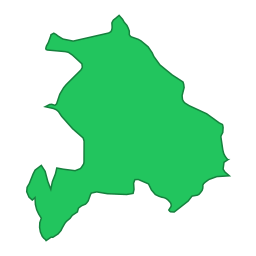 outline of Akershus
{"feature_id": "NOR-917", "entity_name": "Akershus", "entity_type": "County", "adm_level": 1, "iso_a3": "NOR", "parent_name": "Norway", "parent_adm1": "", "projection": "robinson", "projection_center": [11.148, 60.053], "detail": "fine", "context": "isolated", "style": "filled", "palette": "green", "viewbox_px": 256, "rotation_deg": 0, "n_neighbors": 0, "source": "natural_earth", "source_scale": "10m", "svg_char_len": 2139}
<svg xmlns="http://www.w3.org/2000/svg" viewBox="0 0 256 256"><path d="M227.9,159.7L224.0,162.3L223.1,169.1L224.9,172.0L229.3,175.8L216.8,176.6L208.9,179.5L205.3,182.1L203.6,183.7L202.8,185.3L202.9,186.8L202.7,188.6L202.1,190.4L200.5,192.6L198.9,194.4L197.2,195.2L192.0,196.1L188.1,201.1L174.2,212.0L170.6,211.8L169.8,211.3L168.8,210.0L171.1,206.4L171.2,205.1L170.8,203.3L169.8,201.9L167.7,199.7L166.0,198.5L164.2,197.7L161.7,197.2L158.8,196.2L155.3,194.5L151.4,189.9L148.5,183.9L138.4,179.5L134.9,179.6L133.6,183.1L134.0,189.5L133.1,193.4L126.7,194.5L107.3,193.7L96.7,191.9L91.3,193.1L90.4,194.7L88.2,200.9L86.7,202.9L85.5,204.1L81.7,205.7L78.8,207.8L78.3,208.5L77.4,211.9L72.2,215.4L70.1,218.3L66.4,221.4L64.8,223.4L62.2,228.0L61.0,230.5L58.1,233.9L53.0,237.2L52.5,237.3L51.2,237.1L46.1,240.6L45.4,239.5L43.9,238.3L42.3,236.4L40.4,232.0L39.6,227.4L39.8,222.7L41.3,218.2L38.7,214.0L36.7,209.7L35.4,204.5L35.0,197.6L32.3,200.1L29.0,197.1L26.7,191.7L27.1,187.3L29.3,183.6L33.1,174.0L35.1,170.1L41.3,165.4L45.1,171.3L47.8,181.5L50.8,189.3L52.4,181.6L55.4,174.0L56.8,168.0L63.3,169.2L75.1,170.7L80.2,168.7L81.4,167.5L83.7,163.8L84.0,162.1L84.1,141.1L83.1,137.9L72.7,128.8L61.6,116.3L58.5,111.6L56.4,109.8L53.4,108.5L45.3,106.7L49.6,104.5L51.7,104.3L54.9,105.3L55.9,104.5L56.6,103.8L59.8,94.2L63.6,87.8L66.3,84.5L80.9,70.0L82.0,68.1L82.3,67.1L81.9,63.8L72.5,55.1L68.4,52.3L65.2,51.6L47.3,50.0L46.1,49.5L45.8,48.4L46.4,46.1L48.4,42.4L50.7,36.0L51.0,34.7L53.8,33.2L56.1,34.5L57.8,35.9L62.0,38.5L63.2,39.1L73.2,41.1L108.7,33.0L110.7,31.8L111.5,30.6L112.1,28.2L112.1,26.3L111.9,22.9L112.7,21.2L113.4,20.1L118.9,15.6L119.1,15.4L122.6,19.4L124.1,22.1L126.9,25.4L128.2,28.1L129.3,31.1L129.3,34.7L130.3,36.1L131.1,36.8L138.2,39.3L141.0,40.9L148.1,46.8L152.1,52.7L153.9,56.6L159.9,64.9L172.1,74.9L183.0,82.0L183.7,84.3L184.1,87.6L182.1,95.6L182.5,99.6L183.5,101.5L185.0,103.1L189.2,105.7L206.7,113.8L219.2,122.9L222.4,124.5L222.7,125.2L223.1,127.5L222.8,132.4L222.2,133.6L221.3,135.3L221.0,136.1L220.9,137.0L222.8,149.9L223.7,153.5L224.9,155.9L226.2,157.8L227.7,159.6L227.8,159.7L227.9,159.7Z" fill="#22c55e" stroke="#15803d" stroke-width="1.5"/></svg>